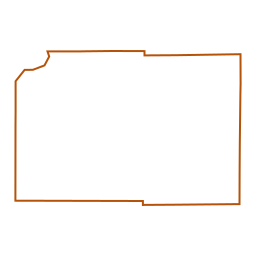 outline of Dane, Wisconsin, United States of America
{"feature_id": "52423323B17075543389139", "entity_name": "Dane", "entity_type": "district", "adm_level": 2, "iso_a3": "USA", "parent_name": "United States of America", "parent_adm1": "Wisconsin", "projection": "natural_earth1", "projection_center": [-89.414, 43.07], "detail": "fine", "context": "isolated", "style": "outline", "palette": "amber", "viewbox_px": 256, "rotation_deg": 0, "n_neighbors": 0, "source": "geoboundaries", "source_scale": "gbopen_adm2", "svg_char_len": 412}
<svg xmlns="http://www.w3.org/2000/svg" viewBox="0 0 256 256"><path d="M240.6,84.1L240.5,54.2L176.4,55.2L144.5,55.4L144.5,51.1L112.3,51.0L85.3,51.3L80.0,51.4L47.5,51.4L49.2,56.5L44.5,65.4L32.9,69.8L24.6,69.9L15.6,81.2L15.6,111.2L15.5,126.2L15.4,200.7L142.9,201.0L142.9,205.0L144.5,204.9L175.2,204.7L239.5,204.1L239.6,174.0L239.8,143.8L240.4,94.0L240.6,84.1Z" fill="none" stroke="#b45309" stroke-width="2"/></svg>